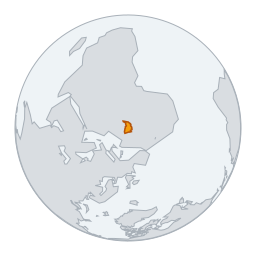 Illizi on an orthographic globe, rotated 192°
{"feature_id": "DZA-2188", "entity_name": "Illizi", "entity_type": "Province", "adm_level": 1, "iso_a3": "DZA", "parent_name": "Algeria", "parent_adm1": "", "projection": "orthographic", "projection_center": [8.244, 27.011], "detail": "fine", "context": "on_globe", "style": "filled", "palette": "amber", "viewbox_px": 256, "rotation_deg": 192, "n_neighbors": 0, "source": "natural_earth", "source_scale": "10m", "svg_char_len": 10081}
<svg xmlns="http://www.w3.org/2000/svg" viewBox="0 0 256 256"><g transform="rotate(192 128 128)"><circle cx="128" cy="128" r="113" fill="#eef3f6" stroke="#a8b0b8"/><path d="M88.8,22.4L91.6,21.4L105.1,17.7L105.3,17.7L120.9,15.6L118.5,15.8L118.9,15.8L122.3,15.6L125.0,15.5L120.0,15.8L124.4,15.9L118.6,17.1L104.6,19.3L102.0,21.0L89.4,26.4L91.3,26.2L87.7,28.6L88.4,29.5L85.9,30.5L88.7,30.3L90.9,29.2L92.9,28.8L93.5,29.3L90.4,30.6L89.6,30.6L89.0,31.3L87.2,31.8L88.4,31.8L84.6,33.6L89.3,32.6L87.0,34.7L84.2,35.7L83.3,34.5L74.5,34.9L71.4,36.1L67.8,38.7L63.6,45.4L60.6,47.4L57.5,50.8L59.6,50.0L62.9,47.1L66.1,46.8L69.8,43.7L71.6,43.2L75.8,40.6L76.4,42.3L74.7,45.4L71.3,47.7L70.5,49.3L74.7,48.3L69.3,54.2L67.5,61.0L65.9,62.6L61.1,63.0L58.5,59.5L52.3,61.3L57.5,61.6L53.6,66.0L53.5,67.5L54.4,68.3L56.4,67.2L55.3,69.2L49.7,69.3L50.6,67.5L52.4,67.4L51.1,66.0L47.3,66.6L45.6,69.1L41.6,68.5L40.3,70.3L38.8,71.4L41.0,68.4L36.9,74.0L31.9,76.0L26.1,86.4L30.4,76.4L31.2,73.6L31.5,71.5L30.5,73.2L32.3,69.0L31.7,69.6L36.3,62.6L41.4,55.9L47.0,49.7L53.1,43.9L59.5,38.6L66.4,33.7L73.6,29.4L81.0,25.6L88.8,22.4ZM23.0,87.1L22.9,87.4L24.0,85.0L23.7,86.8L20.5,94.4L19.4,100.1L17.5,106.9L16.7,111.9L17.0,113.2L17.0,117.3L18.2,114.7L19.7,115.1L18.5,121.0L20.2,117.1L20.4,121.4L23.9,126.4L23.3,127.4L26.1,138.7L31.1,146.5L32.3,151.9L31.5,154.0L33.7,156.4L33.7,158.2L44.1,167.1L50.8,174.5L51.6,180.4L47.9,184.7L48.9,196.5L43.4,196.3L45.0,200.5L45.9,204.5L42.2,200.8L46.3,205.5L46.6,205.9L40.2,198.6L34.5,190.8L29.4,182.5L25.1,173.9L24.2,171.6L22.2,166.7L21.2,163.7L18.5,154.4L16.6,144.9L15.6,135.3L15.5,134.4L15.4,130.6L16.0,125.4L16.8,116.6L16.8,114.4L16.3,116.2L17.3,107.3L18.9,99.9L19.5,97.8L23.0,87.1ZM24.4,89.6L23.3,99.5L22.3,97.3L22.8,96.9L23.4,93.6L24.0,89.3L23.7,87.9L24.4,89.6ZM27.5,86.2L27.6,85.0L27.7,85.8L27.5,86.2ZM75.2,40.0L75.4,40.3L74.5,40.6L75.2,40.0ZM76.7,38.6L75.4,38.7L75.9,38.1L76.7,38.0L76.7,38.6ZM126.0,15.4L128.0,15.4L125.3,15.4L126.0,15.4ZM78.2,38.7L77.1,37.0L78.0,36.0L81.8,35.0L78.2,38.7ZM128.7,15.4L133.5,15.7L134.8,15.7L133.8,16.2L130.0,15.6L126.5,15.5L128.6,15.5L128.7,15.4ZM91.3,28.7L89.0,29.9L90.3,28.5L91.3,28.7ZM91.7,27.9L92.9,24.8L96.6,23.5L95.4,24.7L99.8,22.9L101.0,23.8L98.9,25.0L96.2,25.6L98.7,25.5L91.7,27.9ZM132.5,16.6L133.0,16.8L131.7,16.6L132.5,16.6ZM93.8,28.6L93.7,28.0L96.9,26.8L97.7,27.8L96.4,27.8L93.8,28.6ZM100.3,22.1L102.9,21.5L104.5,22.0L105.8,21.9L101.4,23.7L100.3,22.1ZM96.0,28.4L98.0,28.4L97.0,29.4L94.1,29.1L96.0,28.4ZM97.4,26.1L99.0,25.6L98.4,26.2L97.4,26.1ZM94.9,33.6L94.7,32.7L96.4,31.9L94.9,33.6ZM98.8,28.3L99.1,28.0L99.7,27.6L100.8,27.9L98.8,28.3ZM102.9,24.0L103.0,24.4L104.7,23.3L106.1,23.8L102.9,25.0L104.8,24.7L105.2,24.8L102.2,25.6L102.9,24.0ZM103.8,27.2L100.2,29.2L100.2,30.9L98.7,31.5L99.0,28.7L103.8,27.2ZM103.1,26.2L103.2,26.9L101.3,27.3L100.1,27.0L103.1,26.2ZM108.1,23.8L106.9,22.7L107.6,22.5L108.1,23.8ZM104.2,27.6L105.0,27.2L104.4,27.7L104.2,27.6ZM107.3,24.8L106.8,24.4L107.7,24.2L107.3,24.8ZM107.2,26.7L106.0,27.2L105.2,27.0L107.2,26.7ZM107.6,25.8L108.9,25.6L105.5,26.6L107.2,25.6L107.6,25.8ZM108.2,24.7L108.6,24.4L108.3,24.9L108.2,24.7ZM111.2,27.4L107.2,28.7L105.3,28.1L109.4,26.9L111.2,27.4ZM154.5,18.5L148.9,17.4L154.1,18.4L153.8,18.4L156.2,19.0L159.7,20.0L159.6,19.9L169.7,23.7L180.0,28.3L177.2,26.7L177.9,27.0L185.9,31.4L193.5,36.4L200.7,42.0L207.4,48.1L208.8,49.5L206.1,46.9L210.1,51.1L211.7,52.6L210.3,51.1L216.5,58.3L222.0,66.0L226.9,74.2L231.1,82.7L231.0,82.4L233.1,87.7L234.3,90.6L238.1,104.3L237.5,103.1L239.2,111.0L239.6,113.1L240.1,117.5L239.9,115.1L239.6,114.3L238.4,107.6L235.7,99.7L236.0,103.8L234.7,100.0L231.1,94.8L230.8,100.5L231.1,115.6L233.1,125.8L232.3,132.0L226.4,120.9L222.6,112.1L221.1,114.5L214.4,109.3L204.8,114.6L202.8,112.5L201.1,114.8L196.3,114.0L193.0,110.5L190.4,111.9L198.9,121.0L201.7,119.6L203.1,114.0L205.0,117.6L209.6,119.3L206.7,131.6L191.4,146.8L188.9,139.4L172.2,121.2L172.1,118.6L172.0,118.4L171.8,117.9L171.2,122.3L168.0,118.5L178.0,132.0L180.1,138.3L191.2,147.4L190.4,148.9L193.7,150.3L202.9,143.8L203.2,146.4L199.4,160.0L185.8,179.9L187.0,189.3L185.1,197.6L175.4,205.0L175.0,210.5L169.8,213.6L168.7,216.7L163.8,220.5L156.2,224.5L144.4,226.0L144.6,223.6L140.2,218.9L134.4,205.7L138.3,198.7L137.7,193.3L129.1,181.1L131.0,173.7L128.5,170.6L123.4,171.5L120.3,167.8L117.2,167.7L96.6,169.4L89.8,163.8L80.5,147.0L83.8,141.1L83.5,133.5L105.6,109.6L111.4,111.3L130.0,107.8L132.5,108.6L131.4,114.7L146.3,120.8L149.8,115.4L162.1,117.6L169.6,115.9L170.3,104.4L158.0,106.8L154.8,101.8L163.7,95.2L174.3,93.5L173.4,91.5L165.8,88.4L167.2,84.1L163.0,87.1L165.4,88.7L162.8,90.8L160.5,89.4L161.1,87.9L157.6,87.6L155.6,95.6L157.8,98.2L149.4,101.0L152.3,105.7L150.3,108.3L144.6,101.5L144.5,98.7L134.7,91.7L134.1,94.8L143.3,101.7L140.9,101.4L140.1,106.2L138.8,102.3L128.9,94.4L120.6,96.7L111.7,108.4L106.5,109.3L101.4,106.9L103.1,95.2L114.5,94.5L115.2,90.8L111.5,85.6L115.3,86.0L115.1,83.9L119.3,83.5L123.8,78.4L127.9,77.7L128.3,71.5L130.5,70.4L129.6,74.3L131.1,76.8L141.0,75.5L142.5,74.1L142.0,70.3L144.8,70.6L143.0,67.1L148.1,64.9L140.5,64.8L139.7,60.9L142.0,57.5L140.4,56.3L136.6,61.9L136.3,64.2L138.3,66.1L136.3,73.0L133.2,74.4L130.1,67.5L125.4,69.0L125.0,63.4L135.4,51.1L140.4,48.5L151.4,51.8L151.0,54.3L146.8,54.3L151.9,57.7L150.9,55.8L153.2,56.2L153.0,52.9L154.7,53.1L151.7,49.9L153.7,49.7L155.5,51.8L157.0,47.3L160.7,46.5L160.3,45.5L158.7,44.6L164.5,44.4L163.9,43.6L161.8,43.4L159.2,41.8L156.9,39.1L159.1,39.2L160.2,40.1L165.7,42.5L168.3,45.4L169.0,45.2L167.2,42.7L160.4,39.8L158.5,38.2L161.8,39.2L160.4,38.7L160.1,37.9L161.8,37.3L158.2,36.1L151.9,28.8L154.5,27.3L158.1,28.7L155.9,24.8L159.1,24.1L157.1,23.7L154.7,22.1L153.7,22.2L152.6,22.0L146.0,18.6L146.1,18.1L141.1,16.9L140.1,16.8L139.7,17.1L133.8,16.2L134.8,15.7L137.1,15.8L136.3,15.7L145.5,16.7L154.5,18.5ZM99.3,122.5L99.0,124.8L99.3,122.5ZM186.5,97.4L192.2,95.8L187.9,89.8L189.7,88.8L187.6,87.3L187.5,89.4L182.1,85.1L183.9,82.3L182.3,79.6L180.3,80.1L177.9,86.1L185.7,92.1L185.1,95.4L186.5,97.4ZM24.1,126.5L24.4,128.3L23.7,127.5L24.1,126.5ZM21.4,99.2L21.5,100.4L21.3,101.9L21.0,101.4L21.4,99.2ZM24.7,108.4L25.2,110.1L24.3,109.3L24.7,108.4ZM23.3,101.0L24.2,107.2L22.4,106.4L21.9,102.6L22.7,103.8L23.3,101.0ZM25.7,89.0L25.6,90.1L25.1,90.9L25.7,89.0ZM27.6,86.9L27.5,86.7L27.9,85.5L27.6,86.9ZM54.0,66.0L54.4,66.1L54.9,67.2L53.9,67.4L54.0,66.0ZM62.1,68.7L60.2,71.9L60.8,69.6L59.0,70.3L58.1,66.6L65.1,63.2L62.1,65.3L62.1,68.7ZM58.9,61.1L58.7,63.6L58.7,61.0L58.9,61.1ZM110.4,73.8L112.3,75.0L111.3,77.4L106.2,79.2L107.6,75.6L110.4,73.8ZM115.1,76.3L113.5,69.5L116.6,68.4L115.1,70.1L117.3,70.1L115.6,72.9L120.2,78.9L119.7,81.5L110.5,82.7L113.8,80.8L111.8,79.6L115.1,76.3ZM103.7,56.6L103.0,54.4L110.6,54.8L110.4,56.9L105.3,58.6L102.5,57.1L103.7,56.6ZM85.1,37.6L84.3,37.2L85.2,36.8L86.5,36.7L85.1,37.6ZM94.7,33.2L89.3,38.8L88.2,38.7L86.4,42.6L82.7,43.7L84.0,41.0L79.8,45.0L79.4,43.1L76.9,45.9L80.2,39.9L79.7,38.6L81.6,39.6L85.1,38.6L86.4,37.7L89.8,34.4L90.5,31.4L94.0,30.1L96.3,30.1L96.7,30.6L94.3,31.2L96.5,31.5L93.3,32.8L94.7,33.2ZM121.1,34.1L118.1,33.9L122.0,36.1L118.9,36.8L119.5,37.0L117.7,38.4L116.6,40.5L115.0,40.6L115.3,41.4L114.0,42.5L113.9,43.7L110.9,44.4L110.5,45.9L109.4,45.4L109.4,48.0L108.1,46.4L106.4,47.8L108.5,48.6L93.2,50.9L87.8,53.6L84.0,56.8L82.3,54.1L84.7,49.5L89.4,44.7L94.8,42.8L93.1,42.0L95.1,41.0L95.7,42.0L96.1,39.8L98.0,39.2L102.1,35.9L101.6,33.4L103.1,32.3L104.2,33.0L104.9,31.4L108.1,32.0L109.2,31.2L113.5,31.2L115.0,33.2L116.2,32.2L119.4,32.4L121.1,34.1ZM112.4,27.4L114.9,29.3L114.4,30.7L107.2,30.2L105.7,30.8L101.1,30.8L101.9,28.8L103.1,29.0L104.5,28.7L103.7,29.4L105.4,28.6L107.2,28.8L109.0,28.3L109.3,29.0L112.4,27.4ZM134.7,106.2L136.5,106.3L139.2,105.8L138.8,108.9L134.7,106.2ZM127.9,100.9L129.4,100.4L130.2,104.2L128.3,104.3L127.9,100.9ZM129.6,96.9L129.5,100.0L128.4,98.4L129.6,96.9ZM130.9,73.8L132.5,73.1L132.9,74.0L132.4,75.4L130.9,73.8ZM132.0,41.8L130.4,41.2L130.7,40.7L128.8,38.5L131.0,37.9L133.0,39.0L132.0,41.8ZM168.6,106.7L166.8,109.3L165.5,108.5L166.4,107.8L168.6,106.7ZM152.4,109.5L156.4,110.3L152.2,110.3L152.4,109.5ZM134.0,40.8L133.0,39.9L134.7,40.2L134.0,40.8ZM132.5,37.4L134.4,37.5L131.0,37.6L132.5,37.4ZM201.1,190.9L192.1,206.4L187.7,208.0L187.9,204.5L191.9,195.7L197.3,191.5L200.2,186.7L201.1,190.9ZM240.6,126.1L240.0,121.0L240.2,119.5L240.4,120.8L240.6,126.1ZM233.5,126.5L235.3,131.2L234.6,133.2L233.5,126.5ZM151.2,36.6L151.4,40.2L153.0,42.9L156.2,44.3L151.8,44.1L149.3,39.9L151.2,36.6ZM151.6,29.6L148.8,28.7L149.9,28.3L150.7,28.5L151.6,29.6ZM150.0,29.7L146.8,30.1L145.1,29.1L148.0,28.9L150.0,29.7ZM140.5,35.0L140.4,36.0L139.0,35.7L140.5,35.0ZM176.4,26.3L174.9,25.6L175.2,25.7L176.4,26.3ZM134.0,16.7L133.1,16.8L133.3,16.6L134.0,16.7ZM152.1,22.1L150.6,21.8L150.9,21.4L152.1,22.1ZM146.6,20.7L147.3,21.3L145.7,20.6L146.6,20.7ZM149.2,22.8L147.2,21.5L150.4,22.8L149.2,22.8Z" fill="#d9dde1" stroke="#a8b0b8" stroke-width="1"/><path d="M129.9,122.1L130.0,122.2L130.2,122.5L130.4,122.9L130.6,123.4L130.7,123.8L130.8,124.1L130.8,124.5L130.7,124.8L130.7,125.5L130.9,126.3L130.8,126.8L130.7,126.9L130.7,127.0L130.8,127.0L130.7,127.0L130.6,127.3L130.7,128.0L130.8,128.2L130.9,128.3L130.9,128.5L130.8,128.9L130.8,129.0L130.2,129.3L130.1,129.5L130.0,129.8L130.3,130.1L130.6,130.5L130.8,130.8L131.1,131.2L131.1,131.3L131.2,131.7L131.2,131.9L131.2,132.2L131.2,132.3L131.5,132.4L131.5,132.5L131.6,132.8L131.8,132.9L131.9,133.0L131.9,132.9L132.2,132.9L132.4,132.8L132.8,132.9L133.2,133.0L133.8,133.2L133.9,133.3L134.0,133.3L134.1,133.6L134.2,133.8L128.8,133.9L128.7,133.8L128.6,133.7L128.4,133.5L128.3,133.4L128.1,133.4L127.9,133.3L127.7,133.2L127.4,133.2L127.2,132.9L126.9,132.8L126.9,132.7L126.7,132.7L126.4,132.6L126.3,132.4L126.2,132.3L126.0,132.2L125.9,131.9L125.9,131.7L126.0,131.6L126.1,131.4L126.0,131.2L125.8,131.0L125.8,130.6L125.7,130.4L125.3,130.3L125.2,130.3L125.0,130.2L124.6,129.6L124.4,129.5L124.4,129.4L124.5,129.0L124.5,128.9L124.5,128.7L124.4,128.7L124.1,128.4L123.8,127.6L123.8,127.3L123.8,127.2L124.0,127.0L124.1,126.9L124.5,126.5L125.0,126.3L125.1,126.0L125.0,125.9L124.9,125.8L124.0,125.1L124.9,124.6L125.5,124.3L125.8,124.3L126.1,124.4L129.9,122.1Z" fill="#f59e0b" stroke="#b45309" stroke-width="1.5"/></g></svg>